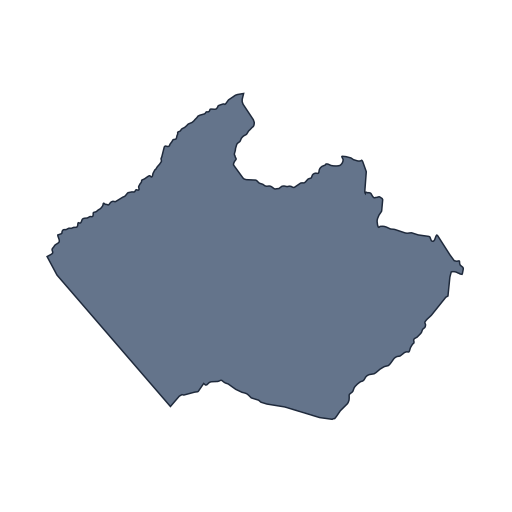 an SVG outline of Masvingo, rotated 97°
{"feature_id": "ZWE-532", "entity_name": "Masvingo", "entity_type": "Province", "adm_level": 1, "iso_a3": "ZWE", "parent_name": "Zimbabwe", "parent_adm1": "", "projection": "albers", "projection_center": [30.801, -20.777], "detail": "fine", "context": "isolated", "style": "filled", "palette": "slate", "viewbox_px": 512, "rotation_deg": 97, "n_neighbors": 0, "source": "natural_earth", "source_scale": "10m", "svg_char_len": 6082}
<svg xmlns="http://www.w3.org/2000/svg" viewBox="0 0 512 512"><g transform="rotate(97 256 256)"><path d="M274.0,459.2L273.1,458.8L271.2,457.6L270.4,457.3L269.5,456.7L267.1,453.8L265.9,453.0L264.1,453.2L260.2,455.1L259.3,455.3L257.7,452.1L257.1,451.5L255.0,451.4L254.2,451.0L253.6,450.6L253.2,449.7L253.0,448.0L252.7,447.3L251.3,445.3L251.1,444.3L251.1,442.8L249.8,440.4L249.4,437.8L248.9,437.2L248.0,436.8L247.2,436.7L245.1,436.7L244.6,436.4L244.8,434.9L244.6,434.3L244.0,433.8L242.8,433.4L241.0,433.0L240.4,432.6L239.9,432.0L239.4,430.8L238.9,428.3L238.6,427.7L237.2,425.8L237.0,425.2L237.0,423.7L236.7,423.1L236.1,422.7L235.0,422.6L233.5,422.8L232.8,422.7L232.4,422.2L231.7,420.4L231.1,419.6L229.9,418.6L229.2,417.8L228.4,416.7L227.6,415.9L225.9,414.8L224.9,414.3L223.9,414.1L222.6,414.0L222.2,413.7L222.3,413.1L223.1,411.9L223.0,410.7L223.1,410.0L223.3,409.4L223.3,408.8L222.9,408.2L220.8,407.0L220.0,406.3L219.2,404.9L219.1,404.0L219.3,402.6L219.1,402.0L213.7,395.2L213.3,394.4L212.8,393.6L212.1,393.0L209.1,391.1L208.7,390.6L207.5,387.0L207.4,385.5L207.3,384.8L206.9,384.2L205.2,383.4L204.8,382.9L205.0,381.4L204.9,380.7L204.5,380.3L203.7,380.2L202.5,380.7L201.9,380.9L201.2,380.9L198.4,379.8L197.0,378.9L196.3,378.7L195.0,378.7L194.5,378.5L193.5,376.8L192.9,375.9L190.5,373.3L189.4,371.8L189.3,371.3L189.5,370.8L190.2,369.8L190.3,369.3L189.9,368.8L189.0,368.5L186.6,368.3L182.9,366.9L182.0,366.0L179.4,364.8L176.5,362.8L173.7,361.4L172.9,361.5L171.1,362.1L170.5,362.0L169.1,361.6L159.5,360.4L158.7,360.2L158.2,359.8L157.9,359.3L158.1,356.9L157.9,356.2L157.5,355.7L156.9,355.3L155.9,355.1L155.0,354.7L152.6,353.3L151.0,352.7L150.5,352.2L150.0,350.4L149.6,349.7L148.5,349.3L146.2,349.1L144.6,348.6L144.1,348.6L143.2,348.8L142.7,348.7L142.2,348.3L141.7,347.2L141.2,346.5L140.3,345.9L139.5,345.6L138.9,345.1L138.2,344.2L137.2,342.6L135.0,340.6L133.8,339.8L133.2,339.2L131.2,335.7L129.3,334.0L128.0,333.2L126.0,331.6L124.2,330.6L123.0,328.7L121.2,324.4L120.6,323.8L119.4,323.2L119.0,322.8L118.8,321.2L118.6,320.6L118.1,320.1L117.2,319.7L116.1,319.5L115.8,319.1L115.6,318.3L115.4,314.8L115.1,313.8L114.6,313.2L113.5,312.5L112.8,312.2L111.8,312.0L111.2,311.4L110.6,310.3L109.3,307.6L109.0,306.5L109.1,305.8L109.3,305.5L109.2,305.2L108.7,304.7L104.4,302.3L98.9,296.0L98.0,294.1L96.2,288.1L102.2,288.8L104.6,288.5L107.0,287.3L121.0,275.3L122.6,274.5L123.7,274.0L125.0,273.9L126.4,274.0L127.2,274.2L128.1,274.7L128.7,275.4L131.3,277.3L132.1,278.0L132.9,278.6L136.1,280.1L136.6,280.5L138.4,283.0L139.6,284.0L141.0,284.9L143.8,285.7L144.5,286.1L146.3,288.0L147.5,288.7L151.6,289.4L153.8,289.4L157.0,289.9L157.9,289.8L158.5,289.6L158.9,289.2L160.4,288.6L161.6,287.7L162.0,287.6L162.6,287.6L164.9,288.9L166.5,289.4L167.3,289.5L168.4,289.4L180.2,278.4L181.1,277.0L181.4,274.9L180.7,265.6L180.9,264.9L181.3,264.2L182.6,262.6L183.1,261.9L183.4,261.1L184.0,258.0L185.3,255.6L185.5,254.0L184.9,251.4L184.9,250.6L185.3,249.1L186.9,246.3L187.1,245.7L187.1,244.9L186.7,243.6L186.2,241.4L184.0,239.2L183.6,238.7L183.2,237.3L183.1,236.5L183.3,234.2L183.3,233.4L182.6,231.4L182.6,230.5L182.7,229.4L183.3,228.0L183.4,227.0L183.2,226.3L178.2,220.6L177.8,219.3L177.7,217.8L177.5,217.1L177.1,216.6L176.7,216.1L173.5,213.9L172.8,212.9L172.0,211.0L171.5,210.6L170.9,210.4L168.8,209.9L167.8,209.2L167.0,208.2L166.5,206.9L166.5,204.8L166.3,204.3L165.8,204.0L165.2,203.8L162.8,203.7L161.5,203.3L160.4,202.7L159.0,201.4L157.4,198.6L156.9,198.1L156.3,197.9L156.0,197.1L156.0,195.8L157.0,192.6L157.1,190.1L156.9,187.5L156.5,185.5L155.9,183.8L155.2,183.0L153.6,181.9L151.7,181.3L149.7,181.2L147.6,182.6L146.8,182.9L146.5,182.6L146.4,178.9L147.1,173.7L148.5,171.0L149.3,166.4L149.1,164.7L148.8,163.7L148.1,162.8L148.5,162.2L149.5,161.5L158.5,157.0L159.1,156.8L178.6,155.9L180.1,155.5L180.7,155.0L179.4,154.8L179.3,154.7L179.3,154.0L179.7,152.8L179.4,152.0L179.4,151.4L179.6,150.1L180.0,149.5L182.8,147.4L183.8,146.0L183.8,145.3L183.2,144.0L183.1,143.0L182.6,142.2L182.2,141.0L182.3,140.4L183.6,137.8L184.7,137.1L195.0,136.8L196.2,136.8L197.1,137.2L200.4,138.9L203.9,139.9L205.5,140.1L207.0,140.0L210.5,139.1L212.3,138.2L212.6,137.6L212.4,137.2L211.6,136.5L211.4,136.1L211.1,134.1L211.0,132.5L211.4,130.1L212.7,126.1L212.8,125.3L212.7,122.2L212.8,121.2L214.9,110.8L215.0,109.5L214.9,108.2L214.4,106.4L214.0,104.4L215.3,97.6L215.5,87.1L215.7,86.0L216.5,85.4L217.7,84.8L219.3,83.9L219.9,82.9L219.8,81.9L219.1,81.2L218.2,80.7L214.5,79.8L213.7,79.5L213.2,79.1L213.5,78.4L214.5,77.5L231.3,63.6L236.5,58.7L236.8,56.0L236.3,54.8L236.1,53.8L236.4,53.4L238.8,52.9L239.9,52.4L240.7,51.4L241.9,49.5L242.8,48.8L244.0,48.7L248.2,49.0L249.1,49.3L249.0,50.9L248.8,51.8L248.3,52.5L248.4,53.1L247.9,54.3L247.5,55.8L247.4,57.4L247.6,58.9L247.7,59.6L248.1,60.3L253.3,61.0L272.3,60.6L273.8,62.6L293.4,74.7L297.8,78.4L299.4,79.5L300.7,80.2L301.5,80.3L302.1,80.1L303.3,79.4L304.1,79.3L305.4,79.4L306.1,79.6L306.6,79.9L307.9,81.2L308.5,81.6L309.2,81.9L311.5,82.4L312.7,83.0L316.9,86.2L318.7,88.7L319.5,89.1L320.2,89.3L322.1,88.7L323.1,88.7L324.5,89.9L327.3,91.2L328.5,91.6L331.4,92.1L332.3,92.4L332.7,92.9L332.7,94.7L333.1,95.7L333.7,96.8L337.4,100.5L337.8,101.0L338.6,103.8L339.1,104.6L340.1,105.8L340.9,106.5L346.5,109.6L347.9,110.6L348.7,111.4L349.9,114.6L350.5,115.7L353.2,119.1L357.0,122.6L358.5,124.4L359.9,129.1L360.4,130.0L361.3,131.2L362.6,132.3L365.8,133.7L366.5,134.3L367.1,134.9L368.0,136.9L369.0,138.0L370.8,139.8L373.3,141.7L374.8,142.5L378.5,143.4L379.4,144.0L381.2,145.8L381.9,146.4L382.7,146.6L385.5,146.2L387.8,146.1L389.9,146.6L391.4,147.2L399.4,153.5L405.6,156.7L407.8,158.1L408.1,159.4L408.8,160.5L408.6,173.2L402.3,209.2L401.6,227.2L400.5,233.3L398.8,235.8L397.4,243.4L394.9,246.6L393.8,248.5L393.3,250.7L393.0,253.3L390.8,259.9L386.4,268.0L385.8,270.8L385.3,272.1L383.6,274.9L383.7,276.0L384.7,277.6L385.2,278.7L386.2,284.7L386.6,285.9L387.3,287.0L389.9,289.2L390.2,290.4L388.9,292.4L397.2,296.7L397.8,297.3L398.6,300.3L402.8,310.7L402.6,312.6L404.5,315.1L415.8,322.6L299.2,451.2L282.0,463.3L279.2,459.3L278.1,458.3L276.9,458.2L275.0,459.1L274.0,459.2Z" fill="#64748b" stroke="#1e293b" stroke-width="1.5"/></g></svg>